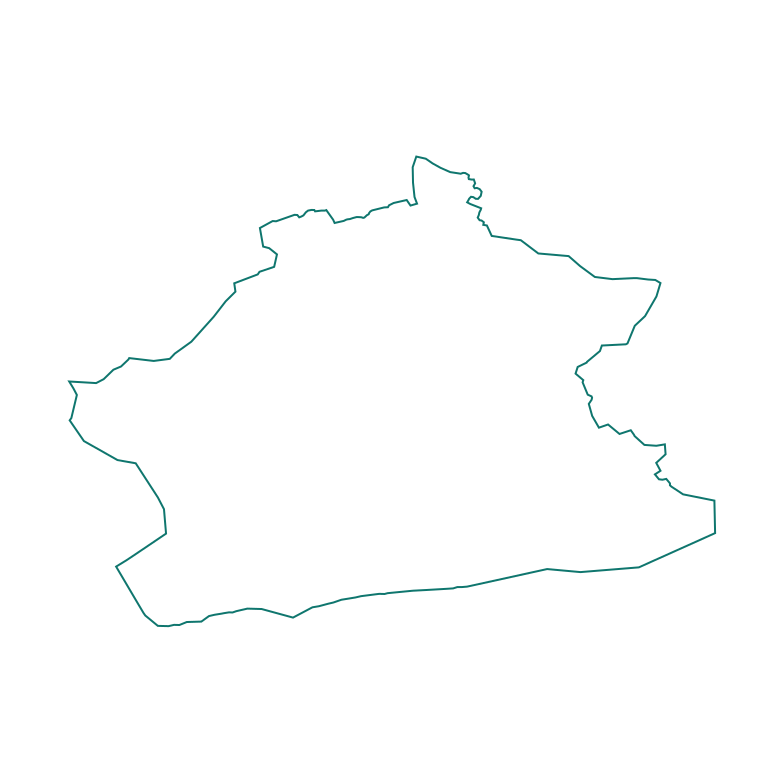 Dambam, Bauchi, Nigeria (Equal Earth projection), rotated 84°
{"feature_id": "59680162B91029831757376", "entity_name": "Dambam", "entity_type": "district", "adm_level": 2, "iso_a3": "NGA", "parent_name": "Nigeria", "parent_adm1": "Bauchi", "projection": "equal_earth", "projection_center": [10.732, 11.627], "detail": "fine", "context": "isolated", "style": "outline", "palette": "teal", "viewbox_px": 768, "rotation_deg": 84, "n_neighbors": 0, "source": "geoboundaries", "source_scale": "gbopen_adm2", "svg_char_len": 2859}
<svg xmlns="http://www.w3.org/2000/svg" viewBox="0 0 768 768"><g transform="rotate(84 384 384)"><path d="M534.5,67.6L525.0,98.1L516.1,108.9L514.6,110.2L512.7,110.0L507.9,113.2L508.3,117.1L507.5,120.5L502.2,124.0L499.2,118.1L490.9,121.5L483.3,111.3L473.4,111.0L473.9,119.6L471.8,131.4L462.0,140.2L460.6,140.7L455.8,143.4L458.3,155.0L447.7,165.4L449.9,174.8L437.5,180.3L425.2,182.4L421.4,179.2L419.4,178.5L418.0,178.9L415.9,182.5L403.1,186.3L401.0,185.4L393.7,192.4L387.3,189.6L383.9,180.2L383.2,179.8L373.8,165.8L368.5,163.3L368.7,159.9L369.8,139.3L369.1,137.6L352.3,128.5L343.8,117.3L325.4,103.9L312.5,98.5L308.9,103.3L307.7,110.4L305.1,121.6L304.8,124.8L303.6,145.8L299.6,163.1L287.2,176.7L276.1,187.0L270.3,216.9L255.3,232.9L254.2,237.4L248.0,261.4L237.1,265.1L236.1,268.6L233.6,267.8L231.6,269.9L231.1,271.8L228.3,273.4L226.0,272.1L223.3,271.2L220.9,269.6L219.4,269.0L214.0,279.4L212.0,282.3L210.4,281.1L208.6,279.9L206.9,277.9L207.5,275.6L209.4,273.4L209.7,271.1L207.0,268.1L203.0,266.8L200.2,268.5L198.7,271.1L198.8,273.4L196.6,274.3L194.0,272.4L190.0,273.3L189.9,275.2L189.1,278.2L187.6,278.4L185.4,277.7L184.8,278.3L182.7,281.1L182.3,283.3L182.9,285.7L182.2,288.3L180.2,296.0L174.9,305.2L169.7,312.6L164.3,318.9L161.2,328.1L171.4,332.8L186.8,334.1L201.2,334.1L208.1,332.3L209.3,339.0L203.4,342.2L204.2,348.9L205.0,355.5L206.8,360.3L208.6,361.6L208.4,365.4L210.1,377.6L211.0,379.6L212.5,381.0L213.6,381.5L214.3,383.3L216.4,386.1L216.6,387.4L215.8,389.1L215.3,392.2L215.1,393.7L215.7,397.6L216.4,400.7L216.4,402.8L216.6,404.3L217.6,407.0L218.7,416.3L215.3,417.4L205.0,423.2L205.4,424.7L205.0,427.9L205.1,434.5L203.7,435.1L203.3,437.9L203.6,441.4L205.1,443.8L207.9,446.5L208.8,448.7L209.4,450.9L206.9,452.5L206.4,455.3L210.9,474.3L210.3,477.7L215.9,491.1L234.7,489.8L236.9,484.0L243.9,476.9L251.6,479.5L256.0,481.0L259.4,496.1L261.8,498.1L268.2,522.4L276.6,522.1L285.2,532.8L299.3,546.3L321.8,571.2L331.9,588.9L336.6,594.4L337.0,610.6L331.6,634.7L332.9,635.6L339.1,643.7L339.2,644.0L341.5,651.6L349.9,662.3L353.0,670.2L348.6,696.8L356.0,693.3L362.8,690.6L385.2,698.5L387.3,700.4L409.4,688.4L431.8,657.0L436.9,639.2L473.3,620.7L485.5,615.9L510.0,616.4L524.7,644.0L532.4,658.6L537.6,669.5L560.6,659.0L572.9,653.4L586.6,647.1L589.3,645.6L600.9,634.2L601.2,632.0L602.3,623.5L601.6,618.0L602.3,612.7L600.1,605.0L601.2,590.5L596.5,582.3L595.8,576.7L595.4,569.4L595.2,567.3L594.9,562.0L595.4,558.5L594.5,554.7L593.8,549.1L593.3,544.8L593.1,543.5L595.0,529.2L606.8,498.9L598.6,478.5L598.2,472.0L596.7,462.5L596.0,457.0L595.8,456.2L594.2,449.3L594.1,448.7L593.7,441.4L593.3,434.6L592.6,429.0L592.4,419.9L592.2,410.7L592.9,405.4L592.4,402.2L592.6,376.9L593.3,363.4L594.2,344.1L594.5,336.6L593.6,332.2L594.1,327.6L594.2,322.5L585.1,241.1L591.6,208.3L593.0,149.7L588.9,137.3L570.0,79.7L566.9,70.3L534.5,67.6Z" fill="none" stroke="#0f766e" stroke-width="2"/></g></svg>